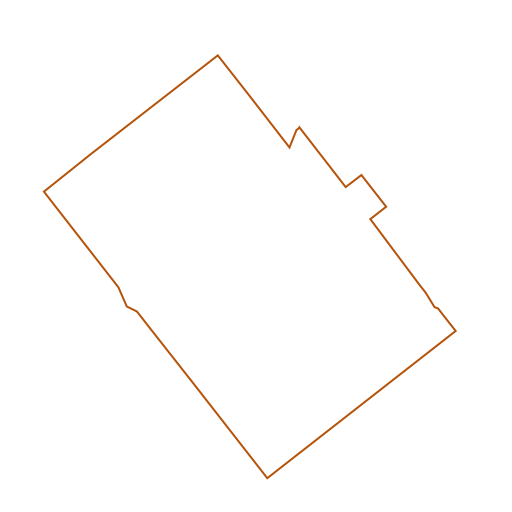 Dickinson, Kansas, United States of America, rotated 322°
{"feature_id": "52423323B35646510903137", "entity_name": "Dickinson", "entity_type": "district", "adm_level": 2, "iso_a3": "USA", "parent_name": "United States of America", "parent_adm1": "Kansas", "projection": "mercator", "projection_center": [-97.074, 38.871], "detail": "fine", "context": "isolated", "style": "outline", "palette": "amber", "viewbox_px": 512, "rotation_deg": 322, "n_neighbors": 0, "source": "geoboundaries", "source_scale": "gbopen_adm2", "svg_char_len": 487}
<svg xmlns="http://www.w3.org/2000/svg" viewBox="0 0 512 512"><g transform="rotate(322 256 256)"><path d="M128.1,438.0L367.2,438.0L367.1,417.9L367.2,409.5L365.2,406.2L367.1,389.6L367.1,378.0L368.8,297.3L388.9,297.3L388.9,257.1L369.1,256.9L369.4,181.3L368.8,181.6L367.1,181.7L366.8,181.8L365.5,181.6L349.2,191.1L349.5,125.0L349.4,74.4L189.0,74.0L128.5,74.7L128.3,196.0L123.1,216.2L128.0,226.4L128.0,256.6L128.2,317.3L128.1,438.0Z" fill="none" stroke="#b45309" stroke-width="2"/></g></svg>